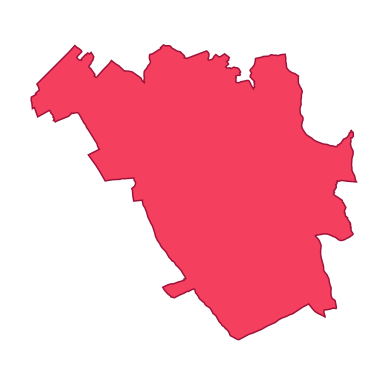 the district of Poienari, Neamt, Romania, rotated 182°
{"feature_id": "2599482B83480715242769", "entity_name": "Poienari", "entity_type": "district", "adm_level": 2, "iso_a3": "ROU", "parent_name": "Romania", "parent_adm1": "Neamt", "projection": "natural_earth1", "projection_center": [27.109, 46.891], "detail": "fine", "context": "isolated", "style": "filled", "palette": "rose", "viewbox_px": 384, "rotation_deg": 182, "n_neighbors": 0, "source": "geoboundaries", "source_scale": "gbopen_adm2", "svg_char_len": 5912}
<svg xmlns="http://www.w3.org/2000/svg" viewBox="0 0 384 384"><g transform="rotate(182 192 192)"><path d="M355.9,281.2L356.0,278.4L355.1,275.1L354.4,269.7L352.4,270.9L348.8,261.7L337.2,268.7L335.6,265.8L333.6,263.8L333.3,262.8L333.6,261.9L332.3,260.8L332.1,259.9L332.8,259.3L333.0,258.6L332.0,258.2L331.0,257.3L329.6,258.2L317.9,263.4L317.2,264.0L316.3,265.3L315.6,265.7L315.4,266.4L314.9,266.7L314.1,266.3L310.8,267.2L309.0,267.3L307.3,265.6L302.5,257.4L300.5,255.3L299.6,252.8L297.8,250.6L289.8,238.6L288.7,237.3L288.1,234.9L286.9,232.4L286.0,231.5L296.9,225.5L288.7,214.9L285.0,209.4L279.1,200.0L275.8,200.8L271.1,201.6L264.5,202.1L262.5,202.9L259.8,202.9L250.7,204.0L250.1,201.4L249.4,200.8L249.1,200.2L248.7,198.7L248.8,197.5L249.7,195.6L252.0,193.8L252.3,193.0L251.6,191.9L251.0,186.0L249.9,180.9L241.2,182.1L241.2,180.4L240.3,177.0L238.6,174.7L236.5,169.9L235.3,165.7L234.1,163.3L231.9,159.1L230.3,156.6L228.1,150.7L226.7,145.8L226.0,144.8L224.8,142.3L222.7,139.7L221.1,136.7L219.4,134.6L217.3,132.7L215.5,130.6L212.6,125.8L211.1,124.5L209.8,122.7L207.3,121.4L205.6,118.5L203.5,116.8L200.0,113.1L198.6,110.7L197.9,109.9L197.6,109.2L196.5,107.9L195.2,105.3L196.9,104.7L196.6,103.8L197.5,103.6L198.8,102.7L202.6,101.6L206.8,99.8L210.1,99.3L212.2,98.7L217.9,95.8L216.2,93.1L213.7,90.4L212.3,89.1L209.7,87.2L209.4,86.4L205.8,85.7L201.2,88.4L196.0,90.8L193.9,92.3L191.7,92.6L190.5,93.5L187.1,95.2L186.9,95.2L186.4,94.7L185.9,94.8L184.9,91.5L181.9,87.8L181.5,86.7L180.9,85.7L177.1,82.5L176.2,82.1L174.7,79.7L173.6,78.8L171.1,77.4L169.5,76.2L167.5,72.9L166.8,71.4L164.0,69.4L160.2,63.2L158.4,61.5L157.2,59.7L155.1,58.3L153.7,56.6L152.4,55.8L150.5,53.7L148.7,49.8L141.8,46.4L140.1,46.0L130.1,51.8L126.5,53.1L117.7,57.2L112.1,60.7L104.1,64.6L100.8,67.4L97.9,69.1L93.0,71.1L90.6,72.5L87.0,73.9L77.4,80.8L71.5,84.2L67.2,79.2L64.8,76.8L62.1,75.2L56.3,72.7L54.7,71.7L54.6,72.0L56.1,76.6L55.9,78.4L55.5,78.9L53.6,78.9L49.7,79.8L47.3,80.8L43.9,80.6L43.7,81.0L43.7,82.1L45.2,88.4L46.1,89.3L48.0,90.3L48.6,91.3L49.4,93.5L49.7,96.6L49.6,101.1L50.5,103.1L51.4,106.0L52.2,109.9L54.3,114.1L56.5,116.5L57.6,118.2L58.0,122.4L60.5,130.5L61.3,134.2L61.4,137.8L61.1,142.8L61.4,144.0L62.9,147.4L63.9,149.0L67.3,152.5L66.9,153.0L61.3,154.1L59.3,154.7L55.2,154.7L51.3,153.4L49.6,152.5L47.1,151.8L43.5,149.2L41.4,148.7L40.0,148.9L37.4,149.9L35.8,151.1L33.3,152.2L29.6,155.2L29.8,156.3L31.1,158.0L31.9,159.7L31.9,160.9L31.7,161.4L32.2,162.2L32.3,162.7L32.0,162.8L32.5,164.1L32.4,164.5L32.8,165.0L32.4,165.5L32.9,165.9L32.8,166.7L34.6,168.9L35.8,171.0L35.7,171.7L36.2,171.8L36.7,172.8L37.8,173.0L38.0,175.0L38.4,175.5L38.4,176.5L38.7,177.1L39.0,177.1L38.9,178.8L38.0,180.9L37.7,182.2L38.3,182.8L40.5,186.7L41.3,187.3L41.5,188.7L43.0,190.0L44.2,190.4L44.9,191.1L49.6,193.8L50.6,195.1L49.6,196.5L50.2,197.3L50.3,197.8L49.4,198.8L49.3,199.0L49.6,199.2L49.2,200.2L48.7,200.4L48.1,201.2L48.3,201.6L48.0,202.0L48.3,203.6L48.0,204.2L48.4,204.6L47.9,205.0L47.8,205.6L47.2,206.3L47.4,208.0L45.3,207.9L43.2,208.8L37.0,208.2L28.0,207.8L29.1,209.7L30.0,213.7L32.1,217.4L33.2,220.1L32.9,221.2L33.5,224.2L33.4,230.7L32.3,235.4L32.3,237.5L32.7,239.1L34.6,242.5L35.4,246.1L35.0,247.0L34.9,248.1L35.3,251.7L33.8,251.8L32.7,253.5L33.0,257.1L33.6,257.7L34.5,257.8L34.8,259.0L35.6,258.5L35.7,256.9L36.8,256.5L37.2,254.5L39.0,252.0L40.1,251.2L42.4,250.1L44.9,246.0L46.3,245.1L46.7,244.5L47.9,244.1L48.7,242.6L49.9,242.3L53.2,243.0L55.4,243.1L58.4,244.2L62.7,244.6L68.9,246.7L71.6,247.9L74.2,250.0L79.4,253.0L81.8,255.9L83.4,258.4L84.2,259.9L84.8,262.0L84.3,266.1L83.7,267.3L83.6,269.7L84.1,271.0L86.3,273.5L87.0,277.8L86.9,279.8L86.0,283.3L86.4,287.4L86.0,290.1L86.0,293.4L85.4,295.3L85.3,296.3L86.5,299.3L87.7,300.8L88.1,302.0L89.3,303.9L89.7,307.3L89.7,311.6L93.2,313.9L96.1,314.7L99.3,316.6L101.4,319.0L101.8,319.8L102.4,324.1L102.9,325.7L103.0,329.5L103.7,332.9L107.5,332.4L111.1,331.3L113.1,331.7L114.4,331.5L117.9,331.9L120.0,330.5L125.8,329.9L126.0,329.5L133.2,327.6L133.5,323.8L134.3,320.9L136.3,318.1L138.1,316.2L138.2,315.8L138.0,315.0L136.6,312.9L136.9,312.0L137.4,311.3L137.8,310.3L137.5,310.1L137.9,309.1L133.2,304.4L133.9,303.8L133.3,302.2L133.5,300.6L133.2,299.0L133.2,298.8L134.1,298.4L134.2,297.4L135.9,299.6L138.6,304.8L139.6,305.4L141.1,305.4L142.5,304.9L147.1,303.9L149.0,302.8L150.9,303.1L151.6,303.0L152.2,304.0L151.9,304.9L152.2,306.3L151.8,307.7L152.4,309.3L150.2,310.3L148.5,310.2L147.9,310.6L147.8,311.1L148.6,312.7L147.6,313.6L149.5,316.7L150.6,317.5L154.6,318.2L157.5,316.6L158.3,317.4L161.3,317.0L162.6,318.0L162.8,318.2L159.9,321.2L161.9,323.8L160.0,324.8L159.9,325.2L160.2,326.3L159.6,327.0L159.4,327.7L164.2,331.2L168.9,327.9L170.4,328.4L172.9,330.2L174.6,328.5L175.3,327.0L176.3,325.4L179.4,324.4L180.3,324.7L180.6,325.5L180.0,327.7L179.8,329.7L180.2,331.5L182.3,333.5L201.9,325.3L202.7,325.7L204.4,325.7L204.6,326.1L204.1,327.0L204.3,327.7L208.6,331.7L211.9,332.4L217.1,335.2L217.8,335.8L218.1,336.6L219.7,337.4L223.5,337.2L225.6,338.0L228.4,335.2L227.8,334.8L229.1,333.4L229.7,333.3L236.2,328.8L237.5,328.3L238.6,328.2L239.0,327.9L239.3,326.6L239.3,324.8L239.2,323.7L238.1,321.0L238.3,319.4L238.6,318.7L240.1,317.0L241.6,314.1L243.5,311.6L244.0,310.5L244.0,306.3L243.6,304.2L243.9,301.8L243.7,300.7L242.8,299.1L245.1,300.8L246.2,302.3L246.6,303.4L247.4,304.4L255.7,309.8L258.7,310.5L264.0,310.7L269.4,315.5L272.8,317.4L277.1,320.6L279.1,317.5L285.2,310.8L290.5,304.4L291.0,303.5L291.8,303.2L293.8,304.4L293.1,305.4L293.2,306.1L297.4,311.7L299.5,313.4L299.5,313.9L298.7,315.2L297.6,316.6L296.9,318.7L295.8,320.0L294.9,323.7L297.7,328.0L299.3,326.3L301.2,327.3L301.8,326.7L302.2,325.6L303.1,325.7L306.7,321.6L307.0,320.9L307.1,320.0L307.6,320.4L308.2,319.9L308.7,319.8L310.6,320.8L311.9,322.5L310.5,324.5L307.1,328.2L307.0,328.6L308.0,329.9L310.6,331.8L311.7,332.2L314.2,334.3L319.6,327.8L350.8,294.4L349.3,292.1L348.1,288.7L351.8,285.1L351.1,284.1L355.9,281.2Z" fill="#f43f5e" stroke="#9f1239" stroke-width="1.5"/></g></svg>